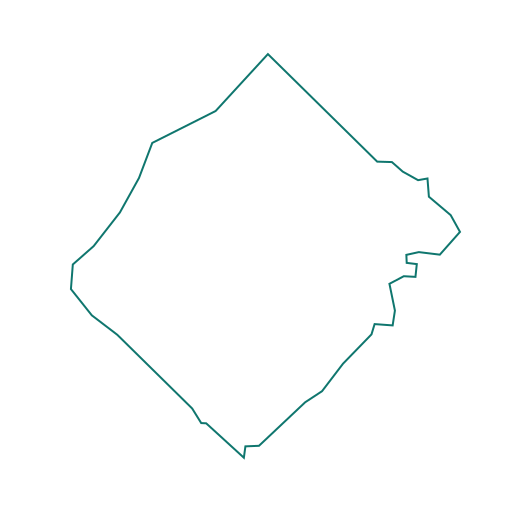 outline of Dickson, Tennessee, United States of America, rotated 37°
{"feature_id": "52423323B89058096253104", "entity_name": "Dickson", "entity_type": "district", "adm_level": 2, "iso_a3": "USA", "parent_name": "United States of America", "parent_adm1": "Tennessee", "projection": "albers", "projection_center": [-87.293, 36.147], "detail": "fine", "context": "isolated", "style": "outline", "palette": "teal", "viewbox_px": 512, "rotation_deg": 37, "n_neighbors": 0, "source": "geoboundaries", "source_scale": "gbopen_adm2", "svg_char_len": 640}
<svg xmlns="http://www.w3.org/2000/svg" viewBox="0 0 512 512"><g transform="rotate(37 256 256)"><path d="M144.0,87.6L136.5,164.5L105.1,228.1L115.6,264.1L121.1,303.1L120.4,345.8L114.8,373.0L128.1,393.8L160.6,402.2L192.6,402.4L296.8,416.2L312.8,422.4L316.9,419.6L367.7,424.4L362.1,414.4L372.6,405.8L383.3,343.2L390.1,324.2L390.3,289.6L395.4,249.1L391.7,239.0L406.9,229.2L399.8,216.0L379.3,197.9L386.2,183.2L395.9,176.7L389.3,165.7L380.5,170.8L375.4,164.6L383.7,154.9L402.0,144.3L404.4,114.0L386.9,106.2L358.4,104.6L346.3,90.9L339.8,97.9L322.4,100.3L308.0,99.2L296.0,107.7L144.0,87.6Z" fill="none" stroke="#0f766e" stroke-width="2"/></g></svg>